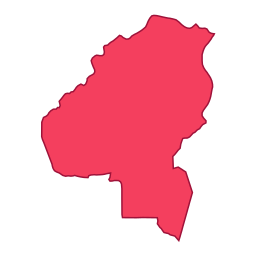 Bequimão, Maranhão, Brazil (Natural Earth projection)
{"feature_id": "56859067B49205705697015", "entity_name": "Bequimão", "entity_type": "district", "adm_level": 2, "iso_a3": "BRA", "parent_name": "Brazil", "parent_adm1": "Maranhão", "projection": "natural_earth1", "projection_center": [-44.779, -2.445], "detail": "fine", "context": "isolated", "style": "filled", "palette": "rose", "viewbox_px": 256, "rotation_deg": 0, "n_neighbors": 0, "source": "geoboundaries", "source_scale": "gbopen_adm2", "svg_char_len": 2720}
<svg xmlns="http://www.w3.org/2000/svg" viewBox="0 0 256 256"><path d="M214.3,33.8L212.6,33.6L210.9,33.2L209.2,32.3L207.9,30.5L206.9,29.0L204.9,28.2L202.2,28.4L199.3,28.0L197.5,25.7L195.9,24.1L193.2,26.4L191.9,27.5L189.9,28.3L187.6,28.1L185.9,27.5L184.2,26.6L181.7,24.7L178.9,22.0L176.0,19.8L173.1,19.0L169.9,18.3L168.1,18.1L166.1,17.7L161.9,16.8L159.0,16.1L156.5,15.6L153.8,15.4L151.8,15.9L150.0,18.0L148.6,20.4L147.8,22.1L146.9,24.4L145.6,27.0L143.9,28.5L142.3,29.8L140.3,31.2L136.8,33.3L134.5,34.4L131.7,36.1L130.2,37.9L128.4,39.0L126.1,39.1L123.0,37.5L121.4,36.0L119.5,35.4L117.2,37.6L113.3,40.8L110.6,42.4L109.3,43.5L107.7,45.1L104.7,45.6L103.6,47.1L103.9,49.1L104.4,52.0L103.9,54.4L102.4,55.6L99.9,55.7L98.3,55.4L96.6,55.2L95.0,55.9L92.4,58.1L91.2,60.6L91.8,63.0L92.6,65.1L93.3,66.9L94.6,69.7L94.8,71.8L93.8,73.8L92.4,74.7L89.4,76.3L87.2,78.6L87.1,80.5L86.5,82.3L85.6,84.2L83.8,85.5L80.9,84.1L78.0,85.7L76.3,87.4L75.1,89.3L73.3,91.6L71.0,92.0L69.6,93.5L67.3,93.3L65.4,93.8L63.9,95.4L62.8,96.9L61.1,99.1L59.2,101.3L59.7,103.3L60.2,105.5L59.3,107.6L57.6,107.5L56.2,109.1L53.3,109.2L50.8,110.8L48.9,112.8L48.0,114.6L46.4,116.1L43.5,117.5L42.7,119.7L41.8,122.2L41.7,136.6L42.4,139.2L44.1,143.3L52.0,164.1L52.5,166.6L53.2,168.6L54.5,170.7L56.5,171.9L59.3,173.0L62.8,175.4L65.6,176.2L68.2,175.8L70.9,176.1L73.0,175.9L74.7,175.4L77.4,176.2L80.6,176.9L84.0,177.4L88.0,177.6L88.8,175.7L90.8,175.0L94.2,174.7L96.3,174.9L100.3,174.7L102.7,174.5L104.6,174.2L106.5,173.7L110.6,173.0L110.3,175.2L110.0,177.4L108.9,179.5L110.0,181.1L112.2,181.0L114.4,180.5L116.8,180.5L118.7,180.6L120.5,181.8L121.5,183.9L121.7,186.2L121.9,188.7L121.9,197.2L122.0,214.5L122.5,217.6L136.3,217.7L142.7,217.5L157.3,217.7L157.9,220.9L157.4,223.8L159.9,227.4L161.3,228.6L162.6,230.6L164.0,232.5L166.4,233.1L168.4,233.5L170.2,234.8L173.2,235.6L174.9,236.1L177.5,239.1L178.8,240.6L179.9,237.1L180.7,234.2L181.9,230.1L182.7,227.0L187.1,211.4L187.9,208.4L188.8,205.4L189.4,203.0L190.4,199.6L192.4,192.5L185.7,171.9L183.6,170.6L182.0,169.5L178.2,167.1L173.3,168.5L172.8,156.4L174.8,154.4L176.5,152.3L178.1,150.2L180.1,148.3L180.8,144.0L181.9,140.7L182.7,138.5L184.4,138.1L187.4,138.0L189.6,136.9L191.4,135.0L193.0,133.2L194.9,132.3L197.4,129.8L199.6,128.7L201.0,126.6L202.7,124.6L205.9,122.9L206.0,120.8L203.7,118.2L202.1,115.8L202.1,112.9L203.4,110.3L206.5,106.0L207.6,104.5L209.1,101.4L210.0,98.9L210.7,96.4L211.2,93.7L211.6,91.4L212.1,88.8L212.6,87.0L212.5,84.3L211.8,81.0L210.5,77.9L209.1,75.6L208.0,74.0L207.0,72.4L205.3,70.3L203.7,67.7L202.4,64.5L202.1,60.8L202.1,57.5L202.1,54.7L203.1,51.1L204.0,48.7L205.1,46.6L206.2,45.2L208.3,42.9L209.8,40.8L211.2,38.9L212.1,37.2L213.5,35.5L214.3,33.8Z" fill="#f43f5e" stroke="#9f1239" stroke-width="1.5"/></svg>